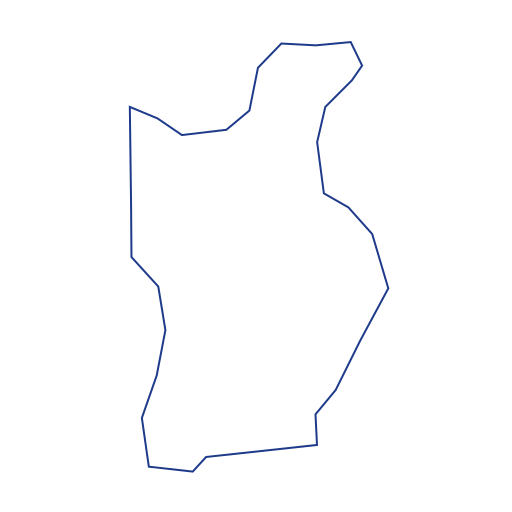 map outline of Żebbuġ (Natural Earth projection), rotated 273°
{"feature_id": "MLT-5946", "entity_name": "Żebbuġ", "entity_type": "state/province", "adm_level": 1, "iso_a3": "MLT", "parent_name": "Malta", "parent_adm1": "", "projection": "natural_earth1", "projection_center": [14.44, 35.87], "detail": "fine", "context": "isolated", "style": "outline", "palette": "blue", "viewbox_px": 512, "rotation_deg": 273, "n_neighbors": 0, "source": "natural_earth", "source_scale": "10m", "svg_char_len": 532}
<svg xmlns="http://www.w3.org/2000/svg" viewBox="0 0 512 512"><g transform="rotate(273 256 256)"><path d="M70.5,326.8L52.7,216.7L37.4,204.1L40.0,160.0L88.3,150.5L131.5,163.1L177.2,169.4L220.4,160.0L248.4,131.7L301.7,128.5L398.3,122.2L388.2,150.5L372.9,175.7L380.5,219.8L400.9,241.8L444.1,248.1L469.5,270.2L469.5,304.8L474.6,339.4L451.7,352.0L436.5,342.6L408.5,317.4L372.9,311.1L322.1,320.5L309.4,345.7L284.0,370.9L230.6,389.8L177.2,364.6L126.4,342.6L101.0,323.7L70.5,326.8Z" fill="none" stroke="#1e3a8a" stroke-width="2"/></g></svg>